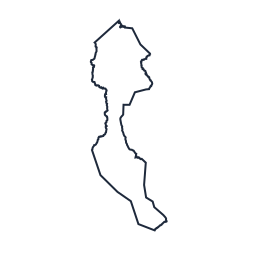 Copan Ruinas, Copán, Honduras (Equal Earth projection), rotated 345°
{"feature_id": "27666195B42868938000768", "entity_name": "Copan Ruinas", "entity_type": "district", "adm_level": 2, "iso_a3": "HND", "parent_name": "Honduras", "parent_adm1": "Copán", "projection": "equal_earth", "projection_center": [-89.106, 14.903], "detail": "fine", "context": "isolated", "style": "outline", "palette": "slate", "viewbox_px": 256, "rotation_deg": 345, "n_neighbors": 0, "source": "geoboundaries", "source_scale": "gbopen_adm2", "svg_char_len": 5522}
<svg xmlns="http://www.w3.org/2000/svg" viewBox="0 0 256 256"><g transform="rotate(345 128 128)"><path d="M136.2,166.1L133.3,161.4L133.0,161.5L132.3,161.4L132.1,161.0L131.6,160.6L131.4,160.0L131.2,160.1L130.6,159.0L130.4,158.9L130.1,159.1L129.8,159.3L129.5,159.2L129.4,159.0L129.2,158.9L128.9,158.6L128.9,158.2L128.2,158.4L127.6,158.4L127.8,157.9L128.2,157.5L128.4,157.2L128.7,156.1L129.3,155.1L128.7,154.4L128.3,153.6L127.7,151.6L127.5,151.2L127.3,151.0L126.8,150.9L126.6,150.7L126.1,150.0L125.2,149.7L124.4,149.3L124.0,149.0L123.8,148.6L123.6,148.0L123.1,146.0L123.1,145.5L122.7,144.1L122.8,143.5L122.7,142.8L122.4,141.9L122.4,141.3L122.6,140.5L122.7,139.6L122.5,138.5L122.6,138.1L122.7,137.6L123.3,136.5L123.2,136.1L122.7,135.2L122.4,134.7L122.2,133.5L122.1,132.7L122.2,132.0L122.1,131.0L122.0,130.2L121.8,129.4L121.7,128.8L122.2,128.0L122.3,127.4L122.3,126.5L122.4,125.8L122.6,125.5L122.8,125.0L122.5,124.0L122.4,123.4L122.5,121.5L122.8,117.8L123.0,117.0L123.4,116.3L124.7,115.2L125.9,114.5L126.8,113.8L129.7,104.4L135.5,106.0L143.9,95.3L155.4,95.4L158.4,95.9L158.7,95.3L159.2,95.0L159.7,94.4L160.3,94.1L160.6,93.5L161.0,93.5L161.2,93.1L161.3,93.1L161.5,93.2L161.8,92.7L162.6,91.9L162.8,91.6L162.9,91.4L163.0,90.0L162.6,89.0L162.3,88.3L162.3,88.0L162.3,87.8L162.2,87.7L161.9,87.7L161.7,86.9L161.5,85.9L161.5,85.2L161.6,84.8L161.6,84.6L161.3,84.5L161.2,84.4L161.2,84.2L161.2,83.8L161.1,83.6L160.9,83.6L160.7,83.7L160.3,82.8L160.0,82.2L159.8,80.7L159.7,80.7L159.6,80.9L159.6,81.2L159.4,81.3L159.1,81.0L158.9,80.5L158.9,80.0L159.1,79.7L159.3,79.7L159.5,80.1L159.7,79.9L159.7,79.3L159.5,78.5L159.6,77.8L159.5,77.3L159.3,77.1L158.9,77.0L158.5,76.7L158.3,75.4L157.9,75.3L157.4,75.0L157.5,74.8L157.7,74.7L157.8,74.0L156.9,73.1L157.1,71.7L157.3,71.4L157.1,71.0L157.3,70.5L157.4,70.2L157.4,69.2L157.5,68.6L157.8,68.3L157.8,68.1L157.8,67.9L157.6,67.7L157.6,67.4L157.8,67.2L157.8,67.3L158.0,67.4L159.4,65.8L159.9,66.0L160.6,66.2L160.7,65.9L160.8,65.8L161.3,65.9L161.7,65.9L162.5,65.7L162.9,65.7L163.5,65.9L163.6,65.5L163.5,65.2L163.9,64.8L164.3,64.7L164.5,63.9L165.0,63.8L165.6,63.4L166.2,63.4L166.7,63.2L167.3,63.4L167.6,63.4L167.7,63.0L167.8,62.8L168.1,62.4L168.5,62.2L168.5,61.8L161.6,50.5L157.9,32.8L151.1,30.2L151.3,29.3L151.3,29.1L151.2,28.9L150.8,28.9L150.8,29.0L150.8,29.4L150.6,29.5L150.3,29.1L149.9,29.2L149.5,29.0L149.4,28.6L149.6,28.4L149.5,28.1L149.3,28.0L149.1,28.0L149.0,28.3L148.8,28.4L148.5,28.2L148.4,28.2L148.1,28.6L147.9,28.6L147.8,28.4L147.7,28.4L147.1,28.8L146.7,28.9L146.5,28.7L146.5,28.4L146.7,28.0L146.9,27.9L147.1,28.0L147.3,27.8L147.4,27.4L148.2,26.6L148.3,26.4L148.0,25.6L147.7,24.8L147.5,23.5L147.1,23.8L146.7,24.4L146.4,24.3L146.3,23.9L146.3,23.1L146.4,22.7L146.6,22.2L117.9,36.8L118.3,37.5L118.5,38.2L118.5,38.4L118.5,38.8L118.1,40.0L117.8,40.5L117.8,41.1L117.9,41.3L118.2,41.4L118.4,41.6L118.6,42.0L118.5,42.4L118.0,43.2L118.0,43.5L117.5,45.7L117.1,46.2L116.1,47.3L115.6,48.7L115.4,48.8L115.2,49.1L115.0,49.8L114.4,50.6L114.0,51.5L113.5,52.3L113.3,52.4L112.0,52.9L111.6,53.1L110.1,52.9L109.4,54.0L109.2,54.5L109.2,54.8L109.4,55.0L109.7,55.4L109.3,57.0L109.6,57.3L110.0,57.7L110.0,57.9L110.0,58.1L110.3,58.3L111.2,58.5L111.5,58.7L111.5,59.1L110.8,60.3L110.3,60.2L110.0,60.3L109.8,60.5L109.7,60.9L109.6,62.0L109.1,62.7L109.0,63.6L108.8,63.7L108.7,63.9L108.5,64.6L108.4,64.8L108.1,64.8L107.9,65.0L107.8,65.8L107.7,66.4L107.5,67.5L107.6,68.2L107.5,68.7L107.1,69.5L107.1,69.9L106.9,70.2L106.2,71.3L106.0,71.6L105.7,71.8L105.7,72.1L105.7,72.6L105.6,72.8L105.5,73.5L106.0,74.3L107.5,74.9L107.4,75.7L107.7,76.2L107.7,76.9L107.5,77.5L107.5,77.9L107.9,78.3L108.2,78.4L108.3,78.7L108.8,78.7L109.0,79.0L109.3,78.9L109.6,79.0L110.0,78.9L110.5,79.3L110.6,79.6L111.0,79.8L111.0,80.4L110.9,80.8L110.9,81.0L111.5,81.4L111.7,81.9L112.2,82.1L112.7,81.8L113.3,82.9L113.6,82.5L113.9,82.7L114.6,82.7L114.8,83.6L116.4,84.1L116.6,84.7L116.8,85.5L117.1,86.0L116.7,86.5L116.5,87.2L116.2,87.4L115.7,88.4L115.6,89.6L114.6,89.5L113.9,91.2L114.0,92.5L114.4,92.8L114.8,92.8L114.5,93.7L114.3,95.2L114.4,96.2L113.7,96.8L113.8,97.2L113.6,97.6L113.6,98.4L114.1,99.2L113.4,100.3L113.5,102.1L113.3,102.7L113.0,103.2L112.8,104.6L112.8,105.8L111.7,106.3L111.1,106.2L110.6,106.8L110.2,106.7L110.0,107.0L109.6,107.0L109.4,107.4L109.1,109.2L109.5,110.1L109.8,110.5L110.4,111.0L110.7,111.5L110.4,111.9L110.5,112.3L110.7,113.0L110.4,113.7L110.2,114.8L110.0,115.1L109.0,115.6L108.6,116.9L108.2,117.1L107.6,117.3L107.3,117.6L107.3,118.1L107.5,118.5L107.3,119.7L107.9,120.6L106.7,121.2L106.7,122.6L107.0,123.3L106.8,124.0L106.4,124.6L105.7,126.4L105.2,126.6L104.5,127.8L103.5,128.4L102.7,128.4L102.1,129.3L100.7,129.3L100.0,129.0L99.8,129.3L99.1,129.1L98.6,129.3L98.0,128.9L97.7,129.0L96.9,129.8L96.4,131.3L95.8,131.5L95.0,133.1L94.6,133.6L94.4,134.1L93.9,134.3L92.7,135.6L91.4,136.0L90.9,135.8L90.6,136.3L89.0,137.6L88.4,138.5L88.1,139.4L87.5,139.9L89.2,166.4L101.3,187.0L111.8,199.4L113.2,223.5L127.3,233.8L127.8,233.3L128.1,232.7L128.7,232.5L129.1,232.3L129.4,232.4L129.6,232.2L129.9,232.2L130.0,231.9L130.4,231.9L130.9,231.7L131.4,231.7L131.7,231.3L132.3,231.2L133.5,230.4L133.8,230.5L134.2,230.3L134.5,230.4L135.0,230.2L135.4,230.1L135.6,229.7L136.5,229.4L136.6,229.2L136.8,229.1L137.6,228.7L138.2,228.4L138.8,228.0L139.1,228.0L139.3,228.2L140.0,228.2L140.2,228.4L140.6,228.2L141.0,228.3L141.2,228.1L141.2,227.9L141.1,227.5L140.9,227.3L140.9,227.0L141.0,226.3L141.3,225.6L141.3,225.2L141.2,224.6L140.8,223.6L139.6,221.2L132.9,211.3L132.8,205.4L127.5,199.8L128.8,187.2L136.2,166.1Z" fill="none" stroke="#1e293b" stroke-width="2"/></g></svg>